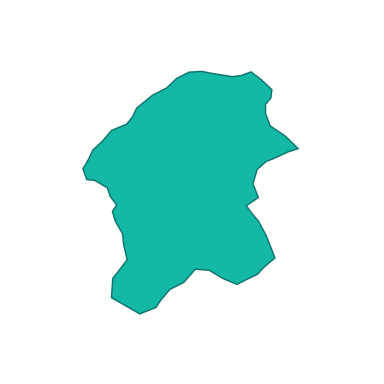 the district of Fyllia, Cyprus, rotated 214°
{"feature_id": "46923920B75200378291295", "entity_name": "Fyllia", "entity_type": "district", "adm_level": 2, "iso_a3": "CYP", "parent_name": "Cyprus", "parent_adm1": "", "projection": "mercator", "projection_center": [33.104, 35.192], "detail": "fine", "context": "isolated", "style": "filled", "palette": "teal", "viewbox_px": 384, "rotation_deg": 214, "n_neighbors": 0, "source": "geoboundaries", "source_scale": "gbopen_adm2", "svg_char_len": 961}
<svg xmlns="http://www.w3.org/2000/svg" viewBox="0 0 384 384"><g transform="rotate(214 192 192)"><path d="M128.3,287.3L146.1,290.5L155.1,290.5L164.2,290.5L174.7,298.0L180.0,305.6L179.2,314.0L183.0,321.5L197.3,323.8L210.2,324.6L216.2,316.2L223.0,310.2L234.3,304.9L242.6,301.1L251.6,297.3L261.4,289.7L268.2,277.6L271.2,264.0L278.8,250.3L284.8,230.6L283.3,221.5L284.1,211.7L288.6,204.9L293.1,198.1L294.6,184.4L297.6,171.5L296.1,161.7L295.4,150.3L286.3,143.5L278.8,147.3L264.4,148.1L257.7,142.8L247.1,139.0L247.1,131.4L238.8,124.6L226.0,118.5L220.0,111.0L207.9,99.6L208.6,86.0L209.4,76.1L199.6,59.4L189.0,60.2L167.2,61.7L157.4,76.1L157.4,85.2L155.9,98.8L148.3,112.5L146.1,129.9L134.0,136.7L118.9,137.5L103.1,140.5L98.5,148.8L91.8,160.2L90.3,170.0L86.4,183.7L94.0,189.0L106.1,197.3L120.4,204.9L131.0,207.9L139.3,210.9L134.0,224.6L146.1,232.9L150.6,247.3L147.6,258.7L143.0,265.5L134.7,279.1L128.3,287.3Z" fill="#14b8a6" stroke="#0f766e" stroke-width="1.5"/></g></svg>